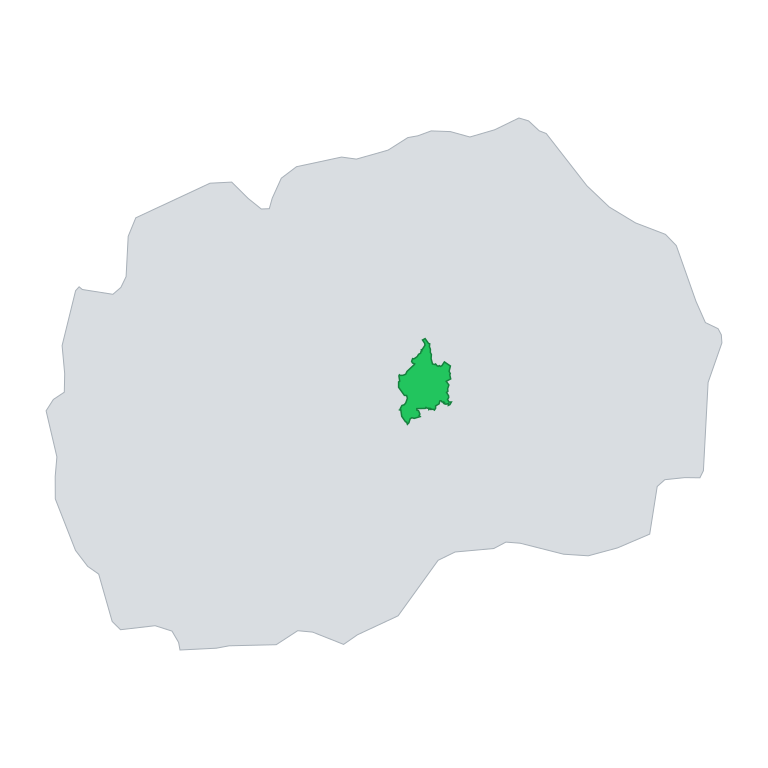 location of Gradsko, Gradsko, North Macedonia
{"feature_id": "65306769B37555850097023", "entity_name": "Gradsko", "entity_type": "district", "adm_level": 2, "iso_a3": "MKD", "parent_name": "North Macedonia", "parent_adm1": "Gradsko", "projection": "albers", "projection_center": [21.883, 41.613], "detail": "fine", "context": "in_parent", "style": "filled", "palette": "green", "viewbox_px": 768, "rotation_deg": 0, "n_neighbors": 0, "source": "geoboundaries", "source_scale": "gbopen_adm2", "svg_char_len": 2436}
<svg xmlns="http://www.w3.org/2000/svg" viewBox="0 0 768 768"><path d="M341.8,157.1L356.4,159.1L388.1,150.1L407.8,137.6L417.9,135.8L431.2,130.9L450.4,131.6L469.9,137.0L494.6,129.8L518.9,118.0L528.6,120.9L539.2,130.8L546.2,133.5L586.9,185.8L609.2,207.0L635.5,222.9L665.5,234.4L676.3,245.6L696.0,301.4L705.4,322.6L718.1,328.7L721.3,334.8L721.9,342.9L708.1,382.4L703.4,470.7L699.9,477.8L684.8,477.6L664.8,479.7L657.2,486.5L649.7,534.1L617.5,547.9L588.3,555.8L563.6,554.2L520.1,543.2L505.9,542.1L493.8,548.5L455.1,552.0L438.1,560.3L398.1,615.8L357.4,634.8L343.6,644.4L312.6,632.1L297.7,630.7L276.2,644.7L229.1,645.8L216.3,648.2L180.0,650.0L178.6,642.4L172.0,631.1L155.1,625.7L120.5,629.7L112.2,621.5L98.7,574.1L87.7,566.4L75.5,550.4L55.3,498.9L55.2,476.5L56.9,456.9L46.1,410.8L53.4,399.4L64.3,392.2L64.7,373.8L62.1,345.6L75.6,290.7L79.1,286.8L82.3,289.5L112.9,294.3L120.9,287.4L126.1,276.6L128.2,236.3L135.8,217.8L210.0,183.2L231.7,182.1L248.2,198.5L261.3,209.0L269.3,208.7L272.2,198.3L281.3,178.2L296.5,166.7L341.4,157.1L341.8,157.1Z" fill="#d9dde1" stroke="#a8b0b8" stroke-width="1"/><path d="M398.6,381.9L398.6,387.3L404.4,395.4L406.6,395.5L407.4,398.2L405.8,402.8L404.3,404.7L401.9,405.5L400.3,408.6L400.6,409.3L399.7,409.9L400.9,410.4L401.7,416.3L405.5,421.8L406.6,422.1L407.4,424.3L408.9,422.8L410.1,418.9L411.8,417.7L414.2,418.4L420.2,416.6L419.1,415.4L419.9,414.1L418.6,410.8L416.8,410.1L416.8,408.6L425.3,408.4L426.0,407.4L427.0,408.2L428.7,408.2L428.8,409.4L430.1,408.3L431.0,408.8L430.7,409.4L433.3,409.3L434.4,410.1L435.6,408.3L435.6,405.9L439.1,403.8L439.8,400.9L441.0,400.7L442.2,402.1L443.7,402.0L443.6,403.1L444.5,403.0L444.4,403.8L445.9,404.2L448.3,403.6L448.3,405.4L449.9,404.6L451.4,402.0L449.0,402.0L447.5,399.4L448.7,397.6L448.6,395.8L446.5,392.4L447.9,391.3L447.6,388.7L448.9,385.0L446.2,381.3L450.7,378.9L449.7,374.7L450.3,373.7L449.1,371.3L450.4,366.0L444.4,361.9L441.9,365.7L440.4,366.4L439.3,365.6L438.2,366.3L437.2,365.9L435.6,364.0L435.0,364.5L432.5,364.0L431.1,358.6L431.4,354.5L430.3,352.4L430.4,349.2L429.4,346.7L429.7,343.8L428.5,343.4L425.1,338.6L422.5,340.0L424.6,343.1L425.0,345.2L422.3,349.4L421.4,349.7L421.9,350.8L421.1,351.1L420.6,353.2L418.6,354.3L417.2,356.6L415.1,358.1L413.6,358.9L412.6,358.6L411.6,361.4L412.5,363.0L414.7,363.9L414.4,364.5L407.0,371.4L405.7,374.2L403.0,375.3L400.3,375.4L399.4,374.8L398.9,375.9L399.7,381.2L398.6,381.9Z" fill="#22c55e" stroke="#15803d" stroke-width="1.5"/></svg>